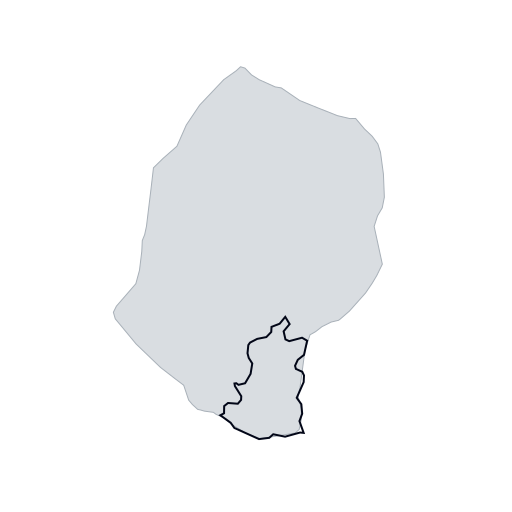 Quthing highlighted on a map of Lesotho, rotated 339°
{"feature_id": "LSO-1205", "entity_name": "Quthing", "entity_type": "District", "adm_level": 1, "iso_a3": "LSO", "parent_name": "Lesotho", "parent_adm1": "", "projection": "equal_earth", "projection_center": [27.994, -30.33], "detail": "coarse", "context": "in_parent", "style": "outline", "palette": "ink", "viewbox_px": 512, "rotation_deg": 339, "n_neighbors": 0, "source": "natural_earth", "source_scale": "10m", "svg_char_len": 1745}
<svg xmlns="http://www.w3.org/2000/svg" viewBox="0 0 512 512"><g transform="rotate(339 256 256)"><path d="M323.5,340.9L311.6,345.2L310.0,345.6L302.4,344.6L292.3,345.6L284.4,348.0L278.2,348.9L268.1,361.3L249.8,394.8L245.0,401.7L243.6,414.9L239.4,425.3L234.2,433.4L229.1,435.3L213.9,432.1L194.4,428.0L183.1,417.9L173.0,404.6L167.6,395.0L162.1,389.7L160.2,386.7L152.2,382.3L149.2,380.0L146.6,378.3L143.4,371.9L141.5,366.4L142.2,350.8L136.5,341.6L126.9,325.8L120.8,312.8L112.5,295.1L107.4,279.9L102.1,264.2L102.7,257.4L107.7,252.8L122.5,244.9L133.9,238.8L142.1,227.6L151.0,210.8L155.4,200.8L159.7,196.2L164.4,189.0L172.7,173.3L182.0,155.8L191.9,136.9L204.4,131.5L221.5,125.2L237.9,108.7L257.5,94.9L289.1,79.8L303.8,76.0L309.4,73.8L313.0,76.6L316.7,85.3L322.1,92.5L334.5,105.0L339.8,108.1L352.6,126.6L366.3,139.4L382.1,154.0L392.8,161.3L398.3,163.3L402.8,176.3L407.4,185.9L409.9,195.0L409.4,203.7L404.3,225.2L396.9,247.1L391.1,256.3L383.9,262.0L376.9,270.7L374.2,288.2L371.0,308.9L361.9,317.4L354.8,323.0L345.0,329.8L323.5,340.9Z" fill="#d9dde1" stroke="#a8b0b8" stroke-width="1"/><path d="M273.4,353.4L265.4,365.5L257.8,367.9L253.1,372.5L252.8,375.7L257.7,380.7L258.0,384.7L255.3,390.8L243.2,403.0L245.2,410.6L242.6,419.8L237.4,425.7L237.1,438.2L233.9,436.6L218.4,435.1L208.2,428.6L203.2,430.5L193.2,428.0L174.2,408.8L172.6,402.6L165.6,391.9L169.8,391.4L172.5,384.7L177.2,383.2L186.1,387.4L190.5,385.0L192.0,381.6L189.7,369.9L190.2,367.3L192.0,367.7L193.5,370.0L200.2,370.9L208.7,364.1L214.0,355.0L212.7,348.6L213.2,343.8L216.9,336.4L219.4,334.7L227.4,333.8L236.6,335.4L243.0,332.4L245.1,327.7L253.8,327.7L261.5,323.3L263.0,331.6L254.8,336.2L253.6,344.4L256.5,347.4L269.7,348.8L273.4,353.4Z" fill="none" stroke="#020617" stroke-width="2"/></g></svg>